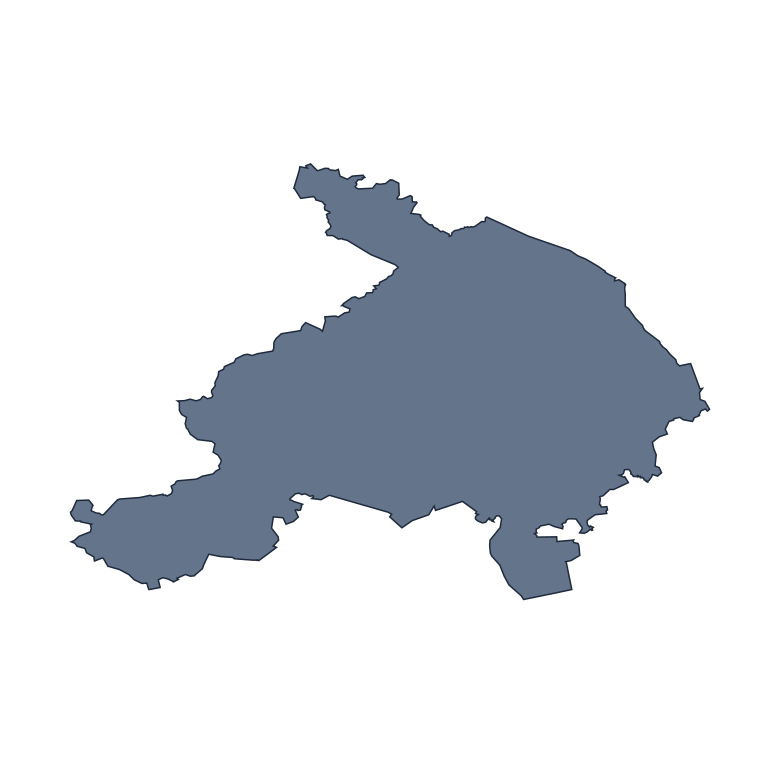 Sēmes pag., Tukums, Latvia, rotated 356°
{"feature_id": "27541924B50458338547666", "entity_name": "Sēmes pag.", "entity_type": "district", "adm_level": 2, "iso_a3": "LVA", "parent_name": "Latvia", "parent_adm1": "Tukums", "projection": "natural_earth1", "projection_center": [23.096, 57.072], "detail": "fine", "context": "isolated", "style": "filled", "palette": "slate", "viewbox_px": 768, "rotation_deg": 356, "n_neighbors": 0, "source": "geoboundaries", "source_scale": "gbopen_adm2", "svg_char_len": 6140}
<svg xmlns="http://www.w3.org/2000/svg" viewBox="0 0 768 768"><g transform="rotate(356 384 384)"><path d="M332.5,166.7L326.1,159.3L321.2,160.9L322.6,163.2L315.2,161.4L314.4,164.9L307.7,182.5L308.2,182.6L313.8,193.0L326.9,192.1L328.7,194.3L328.7,195.5L335.7,198.2L336.2,199.8L337.9,201.0L336.8,204.1L337.2,206.2L341.9,208.6L341.8,209.7L339.6,210.1L338.4,211.1L339.1,212.9L338.7,214.1L340.2,216.7L339.6,218.4L341.7,221.7L342.0,223.2L340.8,225.2L337.4,227.1L336.3,228.7L336.9,229.1L337.7,231.9L343.5,232.4L348.6,236.3L352.5,236.0L352.8,236.7L357.3,238.1L380.0,254.1L403.6,265.8L406.3,268.5L405.9,269.0L401.4,272.1L400.6,274.9L398.2,276.7L396.2,277.0L393.6,279.5L386.6,282.4L386.5,284.1L385.6,285.1L380.6,285.4L383.0,288.4L379.8,289.2L379.8,290.4L378.6,292.1L373.0,291.9L371.0,295.3L364.8,297.1L361.4,295.0L358.1,295.5L349.3,300.9L347.2,302.9L349.2,303.0L349.5,303.9L355.3,306.7L354.2,309.9L349.7,310.3L342.7,314.2L341.5,313.2L339.2,312.8L329.6,312.9L329.9,317.1L326.3,327.1L324.1,324.9L310.0,317.3L306.2,321.0L304.6,324.9L285.1,326.7L279.8,330.9L277.5,333.9L276.9,336.0L276.6,340.6L275.2,343.4L260.3,344.9L254.5,346.4L249.8,344.8L246.2,345.2L238.0,348.5L236.2,351.8L226.0,355.5L225.0,358.1L220.0,360.0L219.1,364.3L215.4,370.9L215.5,374.2L211.7,378.1L211.4,380.5L212.5,383.5L211.2,385.5L206.9,386.4L203.2,383.7L202.2,383.9L199.9,386.6L195.5,387.7L189.5,385.6L183.9,386.7L176.8,386.5L178.6,388.0L178.0,396.1L180.1,400.4L184.7,403.5L182.9,409.8L183.9,414.4L185.0,415.3L187.3,420.6L194.2,426.5L208.3,429.2L211.2,431.9L208.8,440.1L213.6,443.5L216.3,448.9L215.6,451.3L213.5,453.9L214.3,457.3L210.7,458.8L207.1,461.8L196.3,463.3L190.6,465.8L171.3,466.2L169.9,466.8L168.6,469.0L164.5,471.1L165.7,475.6L164.3,478.6L159.6,480.6L158.4,479.5L156.0,479.6L155.8,478.5L145.7,479.8L143.1,478.7L132.5,480.2L112.4,480.3L109.9,481.1L95.0,494.8L93.3,495.0L91.0,493.1L87.9,492.6L83.0,490.0L84.4,486.0L85.3,484.8L81.4,479.2L69.3,478.8L64.1,488.5L62.3,490.0L62.9,493.0L66.5,499.0L71.8,499.7L71.7,500.3L82.4,503.4L81.3,503.8L81.9,507.6L80.9,510.9L69.2,514.6L64.2,518.5L61.0,519.6L64.5,521.3L66.7,524.5L74.2,527.2L75.5,531.6L82.5,536.2L82.8,540.4L91.0,537.9L92.0,538.7L95.9,546.6L106.9,550.5L116.1,556.2L121.1,561.8L128.6,566.1L133.5,566.1L134.9,572.3L135.4,572.7L146.5,571.4L145.2,563.5L149.9,561.8L154.7,563.4L159.3,565.9L160.0,566.8L165.3,564.6L163.9,563.3L172.6,560.2L177.3,562.2L181.1,562.2L189.9,555.6L192.0,551.0L197.3,541.6L208.7,544.7L221.0,546.5L222.6,547.9L241.9,550.7L245.4,550.7L245.2,551.1L246.9,551.4L265.4,539.5L262.2,537.9L268.0,532.5L267.7,528.9L261.8,520.0L264.3,508.9L273.9,510.4L276.5,517.0L284.1,514.8L289.3,510.8L286.6,503.6L288.9,503.3L289.3,504.2L291.9,503.9L293.2,500.5L293.1,499.2L294.4,498.3L285.6,494.8L283.7,493.4L282.4,493.4L282.0,492.0L288.1,487.3L291.8,487.1L294.2,488.6L297.7,488.0L302.4,490.9L305.3,490.3L305.9,491.6L303.9,493.2L313.1,495.0L321.7,491.2L379.2,512.2L382.6,514.4L380.4,516.9L391.8,528.7L402.7,522.2L419.5,517.6L425.5,509.2L426.6,513.7L454.1,506.6L467.5,517.8L466.2,519.6L469.0,520.8L466.9,521.8L466.0,523.1L465.8,524.9L467.7,527.0L472.4,529.4L475.6,529.1L479.5,525.0L480.1,525.2L480.1,525.8L479.3,526.2L479.8,526.8L481.8,527.2L481.8,528.1L483.9,529.0L483.1,527.3L485.4,525.7L485.8,524.5L487.3,523.4L489.8,523.7L491.9,526.6L489.9,535.3L478.9,547.1L478.1,552.6L478.3,560.2L479.5,563.2L486.9,572.8L490.5,584.0L494.6,593.1L506.2,604.9L508.2,608.7L542.2,604.2L557.0,602.1L553.4,574.7L552.9,573.9L558.3,573.2L567.4,568.6L567.1,558.9L566.4,556.6L562.3,555.4L561.6,553.9L562.4,552.9L545.5,553.2L545.6,548.5L526.0,547.4L525.8,545.8L523.7,543.7L526.2,543.2L525.4,542.0L525.9,539.2L528.5,538.3L530.2,536.5L538.9,535.4L543.7,538.0L552.1,540.9L552.7,538.5L551.7,536.3L553.1,535.3L555.2,535.0L556.0,534.2L556.3,532.7L558.5,531.4L562.6,531.7L566.1,532.1L571.5,540.8L571.6,542.3L568.7,546.1L573.3,546.9L576.5,545.7L579.5,543.4L581.2,544.6L581.9,544.3L581.4,542.6L582.8,541.6L579.9,540.0L579.1,541.0L577.5,539.1L577.0,537.2L577.1,534.3L585.3,529.2L597.2,528.7L596.6,526.3L598.2,525.2L597.8,521.9L593.1,522.0L591.8,521.3L591.7,519.9L590.5,519.4L591.8,513.8L591.3,511.5L594.9,510.7L602.0,504.9L605.6,505.3L620.9,499.4L617.7,493.3L616.9,493.8L612.2,491.4L614.9,491.2L616.7,489.9L617.9,486.3L622.3,486.3L624.3,489.4L623.8,490.3L624.1,491.1L625.7,492.4L626.2,493.6L629.3,494.0L630.6,492.9L631.2,493.4L630.9,494.4L633.3,494.0L633.4,495.0L632.6,495.5L635.6,495.2L635.0,495.6L636.3,495.9L636.9,497.9L638.4,498.4L638.5,499.3L639.9,500.2L640.4,500.2L640.4,499.2L641.5,498.8L644.4,495.4L645.5,493.0L650.5,495.0L654.7,491.9L652.7,486.6L648.7,484.7L650.6,473.7L648.5,466.9L647.7,460.8L654.8,455.9L663.2,453.6L661.4,448.8L665.7,441.2L670.5,440.2L670.6,438.9L676.8,437.9L679.9,440.5L689.1,442.9L690.5,440.8L690.7,439.5L696.5,437.5L696.2,436.7L698.4,432.8L703.0,431.4L704.7,433.6L707.0,432.0L702.9,423.6L698.3,421.6L698.1,414.6L701.4,410.6L698.9,411.0L691.3,385.0L680.0,386.5L677.4,383.6L676.8,380.1L671.3,374.2L668.1,369.4L664.8,366.5L662.5,363.4L661.7,360.7L648.2,348.9L646.5,346.0L646.1,343.8L639.5,336.1L633.3,325.8L630.1,323.3L630.9,311.9L630.7,304.9L631.9,301.7L631.1,301.4L631.4,300.7L625.7,296.4L621.2,297.2L621.7,294.8L622.5,294.3L615.1,289.9L612.2,287.7L612.6,287.0L605.4,281.3L593.8,273.4L586.2,269.6L579.1,264.0L538.6,246.7L498.2,224.6L496.8,225.4L496.2,228.8L495.8,229.2L492.7,228.8L486.3,232.8L483.6,233.7L481.8,233.1L479.5,233.8L478.5,232.9L477.1,233.5L475.2,233.1L474.9,234.1L473.9,234.5L472.0,234.3L469.0,235.5L465.2,235.9L462.4,237.8L461.9,240.2L459.5,241.3L459.3,239.1L453.3,235.6L451.3,236.1L447.7,232.7L444.5,231.2L443.4,228.7L440.3,228.3L435.2,223.5L432.0,219.3L432.6,218.1L430.6,217.2L422.7,215.7L425.9,209.6L429.6,205.5L429.2,204.7L425.0,204.3L425.1,199.1L423.5,197.9L414.9,200.8L410.4,200.5L409.8,199.5L412.4,196.5L412.7,184.7L406.2,180.9L405.8,181.3L404.5,180.7L399.7,184.1L393.9,184.5L390.4,183.5L386.3,187.9L372.2,187.6L369.5,186.1L369.0,185.2L370.7,183.3L370.8,182.4L369.8,181.3L372.6,178.4L376.0,178.7L377.2,177.8L376.7,177.1L379.3,176.6L377.7,174.3L366.8,174.4L361.7,177.2L354.6,173.5L353.4,166.7L350.5,167.7L344.9,166.6L343.5,165.1L340.1,164.7L332.5,166.7Z" fill="#64748b" stroke="#1e293b" stroke-width="1.5"/></g></svg>